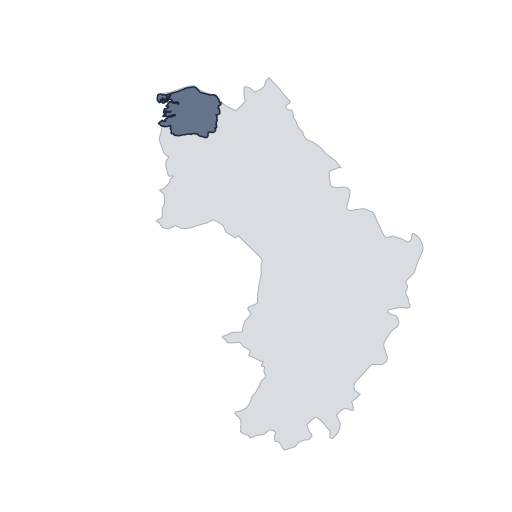 Boke, Boke, Guinea (highlighted), rotated 45°
{"feature_id": "49546643B57120226425021", "entity_name": "Boke", "entity_type": "district", "adm_level": 2, "iso_a3": "GIN", "parent_name": "Guinea", "parent_adm1": "Boke", "projection": "albers", "projection_center": [-14.504, 11.069], "detail": "fine", "context": "in_parent", "style": "filled", "palette": "slate", "viewbox_px": 512, "rotation_deg": 45, "n_neighbors": 0, "source": "geoboundaries", "source_scale": "gbopen_adm2", "svg_char_len": 9292}
<svg xmlns="http://www.w3.org/2000/svg" viewBox="0 0 512 512"><g transform="rotate(45 256 256)"><path d="M310.4,328.8L306.5,328.4L304.9,329.1L299.9,335.1L296.9,337.5L292.2,336.8L290.5,337.3L289.2,336.6L290.9,333.3L293.2,326.8L299.4,320.2L299.5,318.8L296.9,315.1L294.1,309.9L294.1,304.4L293.5,300.3L288.0,299.3L287.0,298.6L286.8,297.3L289.8,290.3L290.1,288.9L289.7,287.6L286.3,284.1L280.9,277.6L271.8,264.2L268.4,261.4L265.1,257.4L263.8,254.8L260.5,253.9L229.1,254.3L228.5,257.9L217.7,260.3L211.0,257.6L203.6,259.3L200.0,261.1L197.3,269.0L195.7,270.7L194.2,274.2L192.7,276.2L191.1,280.1L187.6,285.6L183.9,289.2L177.6,291.2L175.7,297.0L174.3,299.2L171.8,300.9L169.2,302.0L164.1,300.9L161.2,302.0L160.7,300.5L162.3,295.9L161.0,293.5L156.0,288.7L155.5,286.4L154.0,283.4L147.5,277.3L141.4,277.7L143.1,272.5L143.0,265.7L140.9,261.9L141.4,258.1L140.3,258.3L138.3,261.0L135.0,260.1L128.4,256.1L125.1,252.1L124.6,248.8L123.9,247.5L121.9,248.2L117.7,248.1L105.1,242.1L96.1,227.0L95.9,223.6L97.2,217.8L96.9,216.2L92.8,220.1L92.0,217.5L88.8,211.4L87.9,207.9L84.9,206.4L82.5,206.1L80.6,207.3L78.1,214.3L76.3,214.3L74.4,212.8L74.8,207.5L79.7,200.9L87.8,184.2L90.7,180.4L92.5,179.1L96.4,178.9L103.8,176.7L113.0,171.5L120.0,171.9L128.3,171.2L139.1,167.6L139.2,156.4L138.8,153.9L134.9,151.7L132.7,149.8L130.8,147.3L128.5,145.5L128.5,143.7L133.3,141.3L137.7,141.3L139.1,140.4L140.2,138.8L141.5,134.7L141.9,130.5L139.0,124.8L139.1,120.7L154.9,121.3L163.6,122.4L170.7,122.6L171.8,123.5L170.9,127.5L171.8,129.8L174.2,130.4L178.2,127.6L180.2,128.3L184.7,131.6L188.8,132.5L193.3,134.4L197.6,135.4L201.3,135.2L204.2,137.1L209.5,137.7L216.3,135.2L221.6,134.1L229.1,133.7L233.1,134.5L244.5,132.4L253.5,133.5L252.1,134.8L248.1,143.8L248.6,145.4L257.9,152.9L260.0,153.4L262.5,152.3L266.4,148.8L269.5,145.0L272.5,143.1L275.9,143.2L278.8,145.8L285.4,157.0L287.1,158.4L288.7,158.3L291.5,156.2L292.9,153.7L298.8,146.2L308.1,142.4L330.5,150.6L333.8,151.1L335.7,150.5L338.3,145.4L346.7,141.0L350.6,139.7L352.9,139.5L353.8,138.1L354.2,136.1L353.7,134.0L351.0,130.2L350.9,129.1L352.4,128.3L355.6,127.7L359.7,128.0L364.4,129.6L368.2,131.9L370.4,134.7L374.8,146.5L379.6,155.7L379.7,168.2L381.8,169.4L384.1,169.9L385.2,170.8L387.5,175.9L389.7,177.4L392.3,177.7L397.2,180.9L400.3,182.1L400.8,183.1L400.7,184.5L399.5,186.2L394.9,189.8L392.7,192.8L388.1,199.9L388.0,201.2L389.0,202.2L390.9,202.3L393.0,201.8L397.3,199.1L400.8,200.0L404.1,201.9L405.4,203.9L405.8,206.5L405.1,210.0L405.0,213.9L406.3,220.5L408.1,227.0L409.9,229.4L421.1,235.0L422.2,237.1L422.8,239.5L422.1,242.9L421.0,244.8L415.0,250.1L414.2,252.6L414.7,257.1L415.6,276.4L418.0,279.6L420.9,281.2L427.6,280.1L427.5,285.5L426.7,291.5L430.6,293.3L432.6,295.1L433.8,296.8L427.7,300.1L426.0,302.0L425.2,307.0L425.5,311.7L433.9,314.8L437.1,318.6L438.7,322.6L439.3,330.2L438.6,331.9L436.5,332.0L432.2,327.5L425.8,327.1L421.0,326.3L413.0,327.1L411.7,328.5L411.0,338.6L413.0,340.3L416.8,342.1L419.3,342.9L421.4,342.6L423.0,343.8L423.4,347.1L422.4,349.6L420.3,351.9L417.8,357.8L418.5,363.1L414.2,371.7L412.9,373.4L406.9,371.8L403.0,371.4L400.3,373.6L396.3,370.3L395.6,367.8L394.1,367.2L391.5,367.3L389.2,368.8L388.2,371.5L387.7,377.0L383.5,382.2L380.5,388.7L377.0,388.2L376.2,389.0L372.5,390.7L369.2,391.3L368.3,389.6L366.4,388.2L364.3,385.5L361.8,383.3L357.2,381.9L355.5,382.6L353.3,382.4L351.8,381.6L352.0,380.3L354.4,376.9L355.7,373.7L356.4,370.4L356.3,367.1L354.9,362.6L352.8,359.1L352.3,357.0L352.5,354.0L352.0,351.3L351.3,349.8L350.2,344.6L349.0,343.7L348.2,339.5L348.4,335.2L346.6,333.6L343.8,332.4L342.1,330.8L341.1,328.9L340.0,328.4L339.2,328.5L338.4,329.7L337.5,330.0L335.8,326.0L335.1,325.8L334.0,326.8L321.2,331.4L319.5,327.6L317.1,327.0L312.8,328.6L310.4,328.8Z" fill="#d9dde1" stroke="#a8b0b8" stroke-width="1"/><path d="M130.0,211.4L132.2,210.6L133.3,209.5L135.3,208.9L137.0,207.6L137.4,206.8L137.3,206.3L137.2,206.6L137.4,205.7L137.2,205.4L135.0,202.7L135.1,202.0L135.5,201.8L135.8,201.8L135.9,200.5L136.4,200.2L137.7,199.8L138.6,198.5L138.5,197.7L138.8,196.9L138.5,195.6L137.9,195.0L136.8,194.8L136.4,194.6L136.8,193.9L137.2,193.5L137.2,193.0L137.1,192.8L136.7,192.6L136.2,191.9L135.8,192.0L135.4,191.6L135.3,191.2L134.4,190.9L134.3,190.4L133.8,190.1L133.7,189.6L133.2,189.3L132.8,188.4L132.8,187.7L132.3,187.3L132.3,187.1L131.5,187.0L131.2,186.4L130.4,185.8L130.4,185.6L129.9,185.3L129.5,185.4L129.2,185.1L129.1,184.3L128.8,184.3L128.4,184.5L128.1,184.4L128.5,183.9L129.4,182.3L129.6,180.9L127.1,178.6L126.2,178.1L124.9,178.1L124.3,177.9L124.4,177.0L123.7,176.7L123.7,176.4L123.4,176.1L123.6,175.1L124.1,174.3L123.8,173.4L122.8,172.4L121.9,173.2L120.5,172.7L120.0,172.3L119.8,171.9L119.2,171.6L118.8,171.5L117.2,171.6L116.9,171.5L116.7,171.3L115.9,170.9L115.0,171.1L114.5,170.9L114.0,171.2L113.8,171.3L113.0,171.2L112.2,171.8L111.5,172.4L110.1,174.4L100.6,179.8L97.6,179.5L95.4,179.4L93.1,179.9L91.6,181.4L90.4,183.2L89.9,183.7L87.8,186.8L86.4,190.5L85.2,193.2L84.7,194.5L80.6,201.8L81.0,202.3L81.7,202.8L81.9,202.6L82.1,202.8L81.9,203.0L82.3,203.9L82.5,204.5L82.5,205.2L82.8,206.0L83.2,206.4L83.3,206.4L83.6,206.4L83.8,206.4L84.4,206.0L84.9,205.6L85.2,205.4L85.6,205.0L86.2,204.9L86.8,205.2L86.7,205.6L86.8,205.8L87.0,205.9L87.9,205.7L88.3,205.7L88.9,206.0L89.2,206.0L90.5,204.3L90.5,204.2L90.2,203.8L90.3,203.5L91.8,202.6L92.4,202.6L92.5,202.4L93.1,202.6L93.2,202.9L93.7,203.0L93.8,203.3L93.8,203.5L93.4,203.2L92.6,203.2L92.1,203.3L92.0,203.5L92.1,204.0L92.0,204.4L91.8,204.7L91.5,204.8L91.0,204.9L90.8,205.0L89.7,206.4L89.1,206.5L88.7,206.4L88.3,206.5L88.1,206.6L87.4,207.2L87.1,207.3L86.5,207.8L86.1,207.8L86.0,208.0L85.9,208.3L86.0,209.1L86.0,210.2L86.3,210.8L86.4,211.2L86.4,211.4L86.6,211.9L86.3,213.4L86.4,213.5L87.0,213.3L87.1,213.2L87.6,213.3L87.9,213.3L88.3,212.8L88.6,212.1L89.0,212.7L88.8,213.6L88.8,213.8L88.7,214.2L88.6,214.7L88.3,215.7L87.8,216.3L87.6,216.4L87.3,216.3L87.2,216.5L88.0,218.3L88.3,218.7L88.6,218.9L88.7,219.3L89.3,220.0L89.5,219.8L89.6,219.4L89.5,218.5L89.7,217.8L89.7,217.6L89.9,217.2L90.1,217.1L90.3,216.7L90.6,216.6L91.0,216.2L91.3,216.0L92.1,215.7L92.7,215.3L93.0,215.0L93.4,214.0L93.8,214.5L93.3,215.6L93.2,215.8L92.9,216.0L92.0,216.2L91.5,216.6L91.1,218.4L90.5,219.6L91.5,220.0L92.2,219.7L92.4,220.0L92.1,220.4L92.1,220.6L91.9,220.6L91.9,220.8L91.6,220.6L91.3,220.6L91.1,220.8L91.1,221.0L91.3,221.7L91.2,221.9L91.4,222.2L91.3,222.8L91.5,222.9L91.9,222.5L92.1,222.5L93.5,221.0L94.0,220.7L94.8,220.3L95.1,219.1L96.1,217.6L96.9,216.2L97.0,215.8L97.9,214.3L98.5,213.8L98.9,213.2L99.5,213.7L99.2,213.9L98.8,215.3L98.6,215.6L98.5,216.1L97.8,217.6L97.1,218.5L96.6,218.8L96.0,219.6L96.0,219.9L95.7,220.5L95.9,220.9L95.7,221.6L95.3,222.7L95.2,223.5L95.4,224.2L95.7,224.6L96.8,224.5L96.9,224.8L96.3,225.1L95.7,225.6L95.5,225.8L95.4,225.8L95.2,226.2L94.8,226.2L94.5,226.4L94.3,226.6L94.1,226.6L93.9,226.3L93.7,226.3L93.6,226.7L93.6,227.0L93.9,227.3L94.0,227.6L93.7,228.1L93.4,228.5L93.2,228.6L93.2,228.8L93.5,230.2L93.3,230.8L93.4,231.1L93.6,231.3L93.9,231.1L94.0,230.7L95.4,231.0L97.0,231.0L97.4,230.9L97.8,230.6L98.1,230.0L98.4,229.6L98.8,229.4L99.2,229.2L99.3,229.5L100.1,229.1L100.4,228.5L101.6,227.4L102.1,226.2L103.1,224.8L103.3,224.3L103.9,224.7L104.0,225.3L104.5,225.3L105.2,225.6L105.4,226.6L105.7,226.5L106.4,226.7L107.1,227.0L108.1,227.9L108.7,228.9L109.0,229.1L109.5,229.2L110.1,229.1L110.8,228.0L111.1,227.9L111.6,227.9L112.0,228.3L113.0,228.2L114.0,227.5L115.1,226.4L115.5,226.5L116.0,226.1L116.6,225.0L117.1,224.7L118.6,221.9L119.2,221.2L119.8,220.9L121.0,218.8L122.5,217.0L122.9,216.7L123.2,216.1L123.5,215.9L123.9,216.1L124.1,216.0L124.5,214.9L125.1,213.7L125.6,213.0L126.0,213.0L126.8,212.8L127.2,212.1L127.4,212.0L128.2,211.1L130.0,211.4ZM80.7,209.7L81.6,208.2L80.6,206.9L79.2,205.7L78.8,205.7L78.4,206.1L77.7,206.4L76.6,207.1L76.5,207.5L76.1,208.1L75.4,208.3L74.6,208.5L73.8,209.1L73.6,209.5L73.1,210.0L72.9,210.4L72.7,211.3L72.8,211.7L73.1,212.2L75.3,215.0L75.9,215.4L76.2,215.6L77.8,215.9L78.4,215.8L78.7,215.9L79.2,215.9L79.3,215.6L79.8,214.9L79.8,214.7L79.4,214.2L79.2,214.2L78.8,214.1L78.7,214.0L78.9,213.8L78.2,213.6L78.0,213.3L78.3,212.7L78.7,212.8L78.8,212.6L78.7,212.4L78.6,212.2L78.5,211.8L78.3,211.5L78.3,210.7L78.0,210.3L78.1,210.2L78.4,210.1L78.6,210.4L78.8,211.2L79.0,211.3L79.4,211.3L79.7,210.8L80.2,210.4L80.7,209.7ZM81.7,213.9L82.3,213.5L82.4,212.8L82.7,212.4L82.8,212.3L82.5,212.0L82.4,211.4L82.6,211.0L82.4,210.8L82.1,210.7L81.7,210.2L82.5,209.2L82.4,208.6L82.0,208.5L81.7,208.7L81.5,209.1L81.4,209.7L81.1,210.1L80.0,211.3L80.4,212.6L80.2,212.9L80.7,213.1L81.0,213.7L81.3,213.9L81.7,213.9ZM81.8,204.4L81.1,203.3L80.9,203.1L80.4,202.3L79.2,204.3L79.0,205.1L78.6,205.6L79.0,205.5L79.6,205.8L80.7,206.7L81.0,206.8L81.7,206.2L81.8,206.0L81.8,204.4ZM84.1,209.3L84.1,208.7L83.7,207.8L83.6,207.6L83.2,207.4L82.5,207.5L82.4,207.7L82.6,208.3L83.0,208.8L82.9,209.2L83.0,209.3L83.3,209.6L83.7,209.6L83.8,209.5L84.1,209.6L84.1,209.3ZM83.0,211.7L83.1,211.2L83.3,210.7L83.1,210.2L83.3,210.0L82.8,209.6L82.5,209.6L82.2,209.8L82.0,210.3L82.5,210.6L82.8,211.4L83.0,211.7ZM82.0,207.2L81.8,206.5L81.5,206.6L81.2,206.9L81.2,207.0L81.4,207.1L81.9,207.3L82.0,207.2ZM91.3,204.3L91.4,204.2L91.2,203.8L90.8,204.1L90.8,204.3L91.3,204.3ZM86.6,207.5L86.6,207.3L86.1,207.4L86.0,207.6L86.2,207.8L86.6,207.5ZM97.8,216.1L97.7,215.9L97.5,216.4L97.7,216.5L97.8,216.1Z" fill="#64748b" stroke="#1e293b" stroke-width="1.5"/></g></svg>